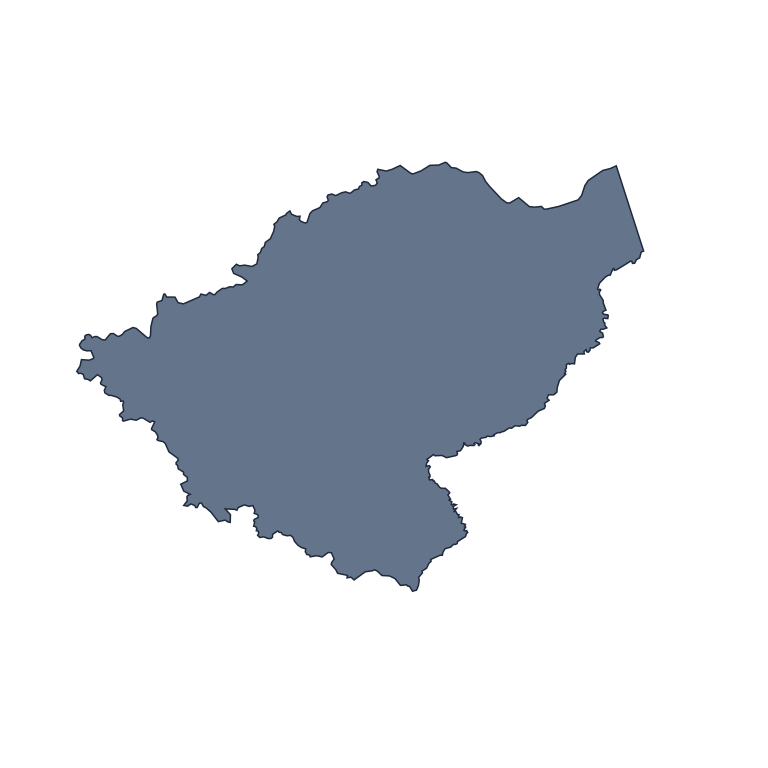 outline of Uruará, Pará, Brazil, rotated 72°
{"feature_id": "56859067B7583644693749", "entity_name": "Uruará", "entity_type": "district", "adm_level": 2, "iso_a3": "BRA", "parent_name": "Brazil", "parent_adm1": "Pará", "projection": "natural_earth1", "projection_center": [-53.819, -3.577], "detail": "fine", "context": "isolated", "style": "filled", "palette": "slate", "viewbox_px": 768, "rotation_deg": 72, "n_neighbors": 0, "source": "geoboundaries", "source_scale": "gbopen_adm2", "svg_char_len": 6155}
<svg xmlns="http://www.w3.org/2000/svg" viewBox="0 0 768 768"><g transform="rotate(72 384 384)"><path d="M582.0,424.6L583.5,423.9L584.5,422.2L589.9,420.9L590.1,416.8L586.4,413.6L581.5,411.1L578.7,410.9L575.5,405.8L573.6,405.6L572.4,400.5L568.6,396.9L567.2,394.0L565.3,393.8L564.2,383.5L564.9,381.4L562.1,379.8L559.5,376.8L559.8,371.0L557.9,367.2L558.7,365.5L558.3,363.8L556.6,362.7L554.3,353.7L551.5,351.6L551.2,350.3L548.9,350.7L549.0,352.1L547.7,353.2L545.3,350.5L544.6,351.5L542.7,349.9L540.2,353.5L535.5,350.7L534.1,352.1L534.0,354.4L531.4,353.0L531.0,354.4L527.4,355.1L526.9,356.6L524.7,353.4L524.6,356.4L521.9,356.2L521.2,352.6L519.6,354.9L520.3,356.0L519.4,357.2L517.0,355.9L514.5,358.0L514.1,356.3L509.3,357.5L507.8,355.1L506.6,355.4L502.2,357.8L500.7,362.0L499.3,363.1L495.3,364.4L494.0,366.0L491.8,366.1L491.1,367.4L489.9,367.2L489.3,370.3L486.5,370.3L486.7,369.1L484.9,368.4L481.7,368.8L479.1,368.1L477.1,365.6L475.6,366.2L475.4,369.4L472.4,367.9L470.8,365.4L469.0,366.6L466.4,358.6L468.0,357.7L469.9,350.9L473.4,347.3L474.3,337.8L474.0,336.3L472.9,335.6L470.7,335.5L471.1,332.3L470.5,331.0L468.0,328.1L464.7,326.2L465.5,325.3L466.3,326.1L468.9,323.6L469.0,321.0L470.3,317.6L469.8,316.3L468.5,316.8L467.9,315.5L470.0,312.4L470.9,313.2L471.9,312.7L470.6,310.1L468.5,309.4L466.4,309.9L465.5,308.2L466.3,303.5L465.4,302.0L466.9,299.2L467.3,295.1L466.2,295.1L465.4,290.9L466.3,288.2L465.7,286.7L466.2,285.0L464.5,278.4L465.5,276.3L464.2,272.3L466.0,268.1L465.8,265.7L467.1,262.5L465.0,259.1L462.8,259.4L462.1,258.2L461.5,254.1L457.5,245.8L456.8,239.0L454.8,237.3L452.0,237.4L450.5,232.0L447.9,233.3L445.2,231.0L446.7,225.9L445.2,222.1L440.8,220.3L434.8,216.0L430.8,208.1L429.8,209.0L428.1,207.1L426.6,207.5L425.2,205.6L421.9,204.5L421.4,202.0L422.5,201.6L422.6,199.0L423.7,196.6L417.8,193.8L415.3,190.7L417.3,184.2L415.0,183.9L413.8,181.2L416.2,181.1L416.9,179.7L415.6,177.7L413.4,176.6L414.3,173.8L412.4,166.4L411.1,166.6L408.6,169.5L407.6,168.5L406.6,164.3L407.4,161.6L406.6,160.6L403.1,160.4L400.6,162.6L398.9,160.8L399.7,158.3L399.5,154.7L396.4,155.9L394.2,155.1L393.3,155.9L389.9,155.7L389.4,154.4L391.0,151.0L388.4,149.6L387.4,149.7L385.7,153.3L383.7,154.2L382.6,153.0L382.4,150.1L374.6,150.4L372.3,149.7L365.6,151.4L363.3,150.9L361.5,148.8L360.5,149.5L360.7,151.0L359.7,151.6L354.7,147.9L350.6,140.3L349.9,137.1L350.4,135.2L345.4,130.9L345.2,129.7L347.1,129.8L347.3,127.7L343.4,111.5L344.0,110.4L346.1,110.4L346.6,108.3L343.7,105.4L343.1,101.9L338.0,98.6L337.8,96.0L248.3,95.7L249.0,102.3L248.5,109.9L253.5,126.8L257.3,131.6L265.8,137.8L268.9,142.6L269.1,163.3L267.8,175.9L267.2,177.6L263.8,179.4L262.4,185.9L260.3,190.9L248.4,198.3L250.7,208.5L249.6,211.3L244.4,215.1L228.8,222.5L222.7,224.8L216.0,225.9L212.5,228.2L210.5,230.4L208.8,239.1L206.7,243.3L200.9,248.8L199.1,253.0L192.8,256.1L192.1,257.3L192.7,264.3L190.2,272.7L192.7,282.7L193.2,291.5L191.8,293.5L181.2,301.1L182.3,310.0L182.2,316.0L177.9,323.5L179.9,325.0L185.4,324.4L186.5,325.2L187.3,328.5L190.9,328.4L192.4,330.7L191.8,335.0L187.2,337.1L185.2,340.7L185.8,342.9L188.2,343.8L188.5,346.3L190.6,347.9L190.3,352.2L192.0,356.4L192.0,357.7L189.4,361.1L189.0,365.0L189.9,371.7L187.2,374.9L186.9,378.8L188.4,380.3L192.0,380.2L193.1,381.4L192.9,386.1L196.4,390.5L197.2,398.5L198.9,401.7L206.4,407.2L206.7,409.0L203.8,412.6L201.5,413.7L198.5,412.0L197.7,415.1L194.0,419.5L190.3,420.0L191.6,424.0L192.8,424.9L193.8,432.5L196.6,435.5L198.1,439.4L200.2,439.2L204.6,441.7L210.7,447.2L212.6,453.1L216.3,455.4L217.3,458.4L220.7,460.9L222.0,464.1L224.6,464.5L230.5,467.9L231.4,473.3L227.9,479.7L227.0,484.8L224.5,487.4L227.4,493.1L232.3,492.8L238.5,486.0L243.8,482.3L245.9,488.0L243.7,493.9L245.2,497.6L243.8,500.5L244.1,505.4L243.1,508.3L245.0,514.5L246.7,517.1L246.4,518.5L243.0,521.6L244.7,525.8L241.9,530.3L244.1,532.6L245.8,550.0L243.0,554.7L236.8,555.9L234.2,563.8L230.6,564.6L230.6,565.8L236.0,569.4L236.0,574.3L237.6,575.5L247.5,577.6L248.8,579.1L249.8,583.1L250.8,583.9L257.3,587.9L265.9,591.2L267.5,592.7L267.3,594.3L265.9,595.5L254.6,602.4L252.7,605.3L253.9,614.4L256.0,617.4L256.8,621.2L256.2,622.7L252.4,625.7L251.6,628.6L256.0,635.6L254.9,638.2L250.2,642.3L249.5,644.5L249.8,647.3L246.9,648.1L245.6,649.5L245.3,652.1L246.0,653.7L249.0,654.7L249.5,657.7L252.1,661.1L253.1,661.7L256.1,661.1L258.6,659.5L260.6,656.5L261.8,652.4L268.9,651.8L270.0,652.4L270.2,657.1L267.3,664.2L273.0,667.5L277.0,672.3L279.7,671.2L280.0,669.2L282.0,667.0L286.5,667.2L288.3,663.9L290.3,662.3L286.6,653.7L290.4,650.8L292.8,650.8L295.4,653.3L296.9,653.2L300.7,649.3L303.6,652.0L306.2,652.2L310.0,649.0L310.2,647.5L313.9,642.1L316.7,639.7L319.1,639.8L319.6,637.4L320.8,637.2L322.8,638.8L329.1,639.9L331.3,645.0L332.7,645.2L335.5,643.1L338.0,644.0L338.8,643.2L339.1,635.9L341.9,630.8L341.0,625.7L342.2,623.5L348.2,618.3L347.5,615.7L349.2,613.8L354.6,618.9L355.8,619.0L358.7,616.3L362.3,615.3L364.9,615.4L366.7,617.1L367.7,616.6L370.6,611.9L372.9,610.4L382.1,609.5L391.1,603.0L393.3,603.5L394.3,605.9L396.0,606.5L397.7,605.5L401.2,605.9L405.9,601.8L408.1,602.6L412.0,599.9L415.4,601.0L416.5,608.3L424.1,607.5L429.0,602.4L429.4,605.2L430.3,606.3L434.4,607.3L437.6,612.0L439.5,608.6L438.4,604.7L441.0,601.6L443.4,601.2L443.7,599.8L440.8,597.0L440.3,595.6L441.0,594.4L444.9,593.5L447.0,591.3L452.8,588.0L463.7,584.1L464.4,577.0L466.9,575.2L468.1,573.0L460.8,570.4L453.7,573.6L457.1,564.7L458.6,562.9L456.5,561.0L455.8,554.2L458.7,550.2L459.1,546.3L464.3,545.7L467.0,547.5L468.9,544.8L470.6,544.4L472.1,545.0L472.7,549.3L473.9,550.2L475.2,549.6L479.0,551.9L480.1,550.1L482.2,549.6L484.1,550.8L485.1,549.0L487.4,549.4L488.9,551.0L491.6,549.5L492.2,545.6L495.2,542.0L496.0,539.1L495.3,537.4L492.6,536.4L490.9,530.5L492.7,529.5L493.4,527.7L495.9,526.9L498.4,523.1L499.1,519.6L501.8,518.0L506.0,517.7L510.7,515.7L514.1,513.0L516.5,509.4L519.3,510.7L522.4,510.0L523.7,507.6L525.6,507.6L526.4,501.3L529.4,496.2L527.0,489.2L528.2,486.2L535.2,485.5L537.5,488.9L539.4,490.0L545.5,487.3L549.7,486.6L554.7,477.9L556.9,479.1L557.5,475.1L561.1,473.0L556.8,459.8L558.1,452.6L557.8,450.3L560.2,448.0L565.5,445.2L568.2,438.2L572.4,433.7L580.6,430.6L582.0,424.6Z" fill="#64748b" stroke="#1e293b" stroke-width="1.5"/></g></svg>